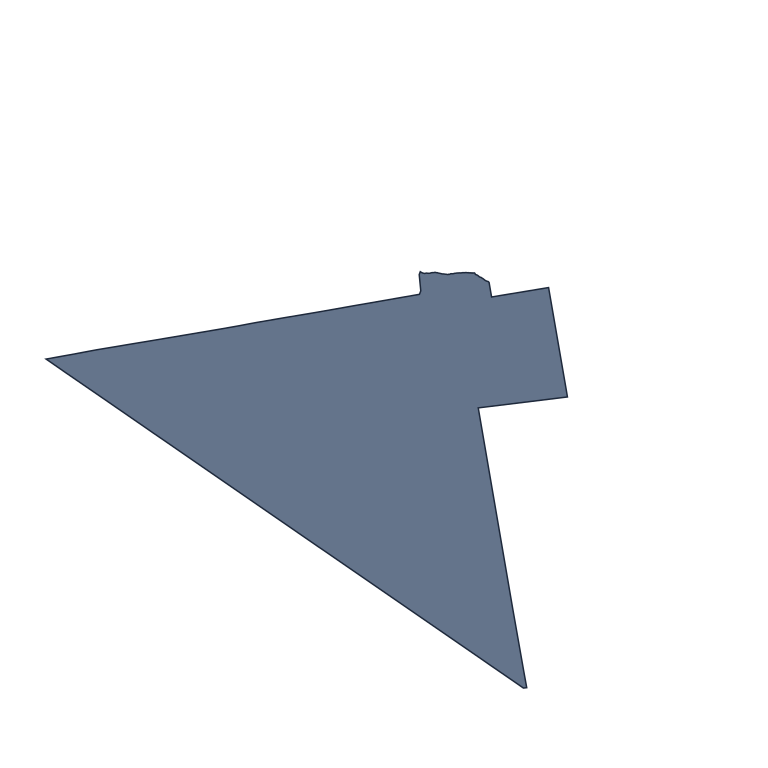 Adolfo Alsina, Buenos Aires, Argentina (Albers equal-area conic projection), rotated 305°
{"feature_id": "61730980B72509942222407", "entity_name": "Adolfo Alsina", "entity_type": "district", "adm_level": 2, "iso_a3": "ARG", "parent_name": "Argentina", "parent_adm1": "Buenos Aires", "projection": "albers", "projection_center": [-62.685, -37.171], "detail": "fine", "context": "isolated", "style": "filled", "palette": "slate", "viewbox_px": 768, "rotation_deg": 305, "n_neighbors": 0, "source": "geoboundaries", "source_scale": "gbopen_adm2", "svg_char_len": 2390}
<svg xmlns="http://www.w3.org/2000/svg" viewBox="0 0 768 768"><g transform="rotate(305 384 384)"><path d="M247.7,129.5L241.5,123.4L228.1,110.3L225.0,107.2L224.5,106.7L210.6,92.9L210.7,115.7L210.7,117.2L211.1,160.9L211.5,220.1L211.5,220.4L211.5,222.8L211.6,231.0L213.0,423.9L213.1,428.8L214.6,627.5L214.6,632.0L214.8,654.2L214.9,672.6L217.1,675.1L228.3,663.8L231.6,660.5L233.1,659.0L247.8,644.3L273.4,618.7L418.5,474.9L478.6,541.7L484.1,536.3L557.4,463.5L517.0,422.2L527.4,411.9L527.5,411.6L527.6,411.2L527.7,410.6L527.5,410.0L527.2,409.4L527.1,408.8L527.0,408.0L526.9,407.2L526.9,406.8L527.0,406.3L527.0,405.8L527.0,405.3L527.1,404.8L527.0,404.1L527.0,403.5L527.0,403.0L527.0,402.4L526.9,402.1L526.8,401.9L526.7,401.7L526.6,401.1L526.5,400.6L526.6,400.0L526.6,399.5L526.7,399.0L526.7,398.5L526.7,398.1L526.6,397.5L526.4,396.9L526.3,396.5L526.2,396.1L526.3,395.8L526.5,395.5L526.7,395.2L526.8,394.8L526.9,394.5L526.7,394.2L526.4,393.7L526.1,393.5L525.8,393.2L525.6,392.8L525.6,392.4L525.3,392.2L525.0,391.9L525.0,391.6L524.9,391.4L524.6,391.2L524.5,390.9L524.4,390.6L524.2,390.5L523.9,390.0L523.6,389.6L523.5,389.0L523.1,388.7L522.7,388.1L522.5,387.5L522.3,387.1L521.9,386.8L521.6,386.4L521.3,386.1L521.2,385.8L520.9,385.5L520.7,385.1L520.4,384.6L520.1,384.4L519.7,384.0L519.5,383.7L519.2,383.4L518.8,383.0L518.7,382.6L518.5,382.3L518.0,381.8L517.6,381.2L517.3,380.8L516.9,380.3L516.6,379.9L516.1,379.5L515.7,379.0L515.3,378.5L514.9,378.1L514.4,377.9L514.2,377.5L513.8,377.1L513.4,376.7L513.1,376.1L512.7,375.5L512.3,375.2L511.8,375.0L511.3,374.7L511.0,374.0L510.5,373.8L510.2,373.4L509.9,372.8L509.7,372.3L509.5,371.8L509.1,371.3L508.9,370.9L508.7,370.4L508.5,370.0L508.2,369.5L507.8,368.9L507.5,368.4L507.3,367.9L507.1,367.2L506.8,366.6L506.6,366.0L506.3,365.6L506.2,365.2L505.9,364.5L505.8,363.9L505.4,363.2L505.1,362.9L505.0,362.5L504.9,362.0L504.7,361.6L504.3,361.4L503.9,361.0L503.6,360.6L503.3,360.2L502.8,359.5L502.2,358.9L501.7,358.5L501.1,358.2L500.7,357.6L500.2,357.0L499.9,356.4L499.5,355.8L499.3,355.3L499.0,354.9L498.5,354.5L497.9,354.0L497.6,353.3L497.4,352.8L497.1,352.1L497.0,351.4L496.9,351.0L496.8,350.5L496.9,350.1L496.8,349.6L496.8,349.3L493.8,350.1L481.4,360.7L477.8,361.6L431.1,314.7L403.8,287.4L381.2,264.4L361.2,244.2L355.6,238.7L348.8,232.1L336.1,219.4L282.8,165.3L269.6,151.8L261.7,143.8L247.7,129.5Z" fill="#64748b" stroke="#1e293b" stroke-width="1.5"/></g></svg>